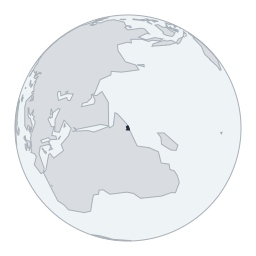 the Earth from above Shabeellaha Dhexe, rotated 291°
{"feature_id": "SOM-2410", "entity_name": "Shabeellaha Dhexe", "entity_type": "Region", "adm_level": 1, "iso_a3": "SOM", "parent_name": "Somalia", "parent_adm1": "", "projection": "orthographic", "projection_center": [46.104, 3.02], "detail": "fine", "context": "on_globe", "style": "filled", "palette": "slate", "viewbox_px": 256, "rotation_deg": 291, "n_neighbors": 0, "source": "natural_earth", "source_scale": "10m", "svg_char_len": 6942}
<svg xmlns="http://www.w3.org/2000/svg" viewBox="0 0 256 256"><g transform="rotate(291 128 128)"><circle cx="128" cy="128" r="113" fill="#eef3f6" stroke="#a8b0b8"/><path d="M15.4,132.2L15.8,134.0L17.2,139.6L18.0,146.5L18.7,153.9L23.7,170.3L24.1,171.6L21.3,164.0L19.0,156.2L17.2,148.3L16.0,140.3L15.4,132.2ZM186.8,31.9L193.0,36.2L193.8,36.6L194.4,37.0L201.7,42.8L205.8,46.5L213.6,56.7L217.6,61.2L219.5,63.9L219.6,65.3L216.9,61.2L214.9,59.5L213.3,57.2L212.7,58.6L210.4,55.4L211.0,58.3L213.4,61.0L214.9,60.7L216.4,65.0L220.9,70.1L224.1,76.1L225.5,86.3L222.8,89.3L223.2,91.3L220.8,88.9L219.6,92.8L225.8,104.5L226.4,107.9L223.5,114.2L223.1,111.6L216.6,105.3L216.9,113.5L221.9,120.4L223.6,128.6L220.5,126.0L218.5,118.8L216.2,116.3L215.8,109.2L211.8,98.8L208.6,100.7L207.8,96.6L201.8,88.3L196.6,91.0L188.9,101.9L189.6,112.6L186.2,117.4L177.9,102.1L174.9,92.0L171.4,93.0L163.2,84.7L147.9,84.4L146.1,81.9L143.1,83.1L137.4,80.6L134.8,76.6L131.2,76.9L138.2,87.6L142.1,87.4L146.0,83.2L147.1,87.1L152.7,90.6L145.1,100.3L123.0,109.2L121.5,101.2L108.2,80.2L109.0,77.9L109.0,77.7L108.9,77.2L106.9,80.9L104.9,77.0L111.2,91.3L112.0,97.7L122.7,109.7L121.5,110.9L125.1,113.4L137.6,110.3L137.5,113.0L131.2,125.6L114.5,143.0L117.2,154.8L116.7,164.9L107.2,171.5L109.0,179.3L104.3,182.0L104.6,186.4L101.3,191.1L95.5,195.4L84.6,195.5L83.2,191.5L76.5,183.8L66.9,165.0L68.9,156.4L67.6,149.7L59.7,134.9L61.4,126.7L59.5,123.3L55.5,124.2L53.4,120.1L51.0,120.0L37.0,122.9L33.4,117.7L30.3,101.9L33.3,95.7L34.8,88.6L55.9,65.2L59.3,66.4L74.6,63.5L76.3,64.3L73.3,69.5L83.8,75.9L88.7,71.5L99.4,75.2L107.4,75.1L112.4,65.5L99.4,65.4L98.4,60.8L109.8,57.0L121.3,57.8L121.3,56.1L115.0,52.2L118.7,49.4L113.0,50.7L114.5,52.4L111.0,53.5L109.3,52.1L110.7,51.0L107.5,50.2L101.8,56.0L102.7,58.4L93.8,59.5L94.5,63.6L91.7,65.6L89.4,59.4L90.4,57.1L85.2,50.9L83.3,53.3L88.1,59.5L86.1,59.0L83.6,62.8L84.0,59.5L79.3,52.7L71.9,54.3L60.6,64.0L56.7,65.0L54.2,63.2L60.1,53.7L68.3,52.7L70.5,49.9L70.5,46.0L72.9,46.2L73.9,44.7L77.1,44.4L83.3,40.7L86.8,40.3L90.7,36.1L93.1,35.5L90.1,38.0L89.9,39.8L98.8,39.6L101.0,38.7L102.8,36.1L105.1,36.6L105.7,34.2L111.6,33.4L104.9,32.5L106.9,30.0L111.2,28.3L110.7,27.5L103.6,30.4L101.8,31.8L102.2,33.1L96.4,37.5L93.0,38.3L94.6,33.6L89.9,34.4L93.2,30.8L110.4,24.2L116.8,23.3L124.2,26.4L121.8,27.6L118.0,27.0L120.2,29.6L120.7,28.4L122.5,29.0L124.9,27.2L126.3,27.6L126.1,25.5L128.1,25.7L128.2,27.1L133.4,25.2L138.0,25.6L138.5,25.1L137.7,24.4L144.0,25.7L144.1,25.3L142.1,24.6L140.9,23.4L141.3,22.0L143.5,22.5L143.6,23.1L147.2,25.3L147.2,27.1L148.2,27.3L148.6,25.8L144.3,23.0L143.9,22.1L146.3,23.2L145.4,22.7L145.9,22.4L148.4,22.7L145.9,21.4L148.4,18.8L153.5,19.5L155.4,20.5L159.5,20.4L164.9,21.9L163.0,21.2L163.7,21.2L162.0,20.7L161.1,20.4L161.4,20.4L170.2,23.5L178.6,27.4L186.8,31.9ZM47.4,76.7L46.5,78.8L47.4,76.7ZM132.8,64.1L140.2,64.7L138.1,58.8L140.8,58.7L139.1,56.9L137.9,58.4L134.0,53.7L137.6,52.2L137.3,50.0L134.8,49.7L128.8,53.2L134.4,59.8L132.2,62.1L132.8,64.1ZM76.1,37.7L76.7,38.5L74.7,40.2L70.2,41.6L73.1,39.1L76.1,37.7ZM78.0,39.3L80.8,34.7L83.7,34.0L81.6,35.1L83.2,35.1L80.3,36.9L80.3,41.0L78.5,42.9L71.2,44.0L74.6,42.5L73.8,41.7L78.0,39.3ZM82.9,27.5L84.2,26.4L88.8,26.0L87.1,27.2L82.5,28.5L81.9,27.9L82.9,27.5ZM88.3,22.6L89.6,22.1L91.1,21.6L90.8,21.7L91.6,21.4L101.6,18.5L111.9,16.5L113.0,16.4L111.7,16.7L113.6,16.4L115.7,16.3L114.9,16.7L113.0,16.7L113.5,17.3L110.4,17.6L110.7,17.6L108.0,18.2L105.1,19.0L103.9,19.1L103.3,19.4L101.5,19.9L100.3,20.4L97.7,20.8L96.0,21.6L95.7,21.4L93.5,22.6L94.0,22.0L91.7,22.8L92.4,23.0L81.3,25.9L76.3,28.1L71.8,30.5L73.3,29.5L75.4,28.4L88.3,22.6ZM115.8,16.0L114.3,16.2L113.5,16.3L115.8,16.0ZM79.1,62.4L80.5,62.6L83.0,62.4L81.4,65.0L79.1,62.4ZM75.7,57.8L77.1,57.5L76.1,60.6L74.6,60.6L75.7,57.8ZM78.8,54.8L77.3,57.2L77.2,55.8L78.8,54.8ZM91.5,37.7L93.1,37.4L93.0,38.0L91.7,38.9L91.5,37.7ZM115.5,19.7L114.8,19.3L115.5,19.2L116.2,18.2L118.5,18.1L119.0,18.6L115.5,19.7ZM109.7,67.1L106.9,68.9L105.9,68.0L107.1,67.6L109.7,67.1ZM93.1,66.8L96.5,68.0L92.7,67.5L93.1,66.8ZM118.2,19.4L118.2,19.0L119.4,19.2L118.2,19.4ZM120.3,18.0L121.8,18.2L118.9,18.0L120.3,18.0ZM156.9,216.0L157.8,217.3L156.0,217.4L156.9,216.0ZM136.3,163.3L129.8,180.8L124.3,180.9L122.8,175.7L124.9,165.1L131.0,162.1L133.9,157.3L136.3,163.3ZM234.1,148.4L235.0,149.0L234.9,149.5L234.1,148.4ZM233.3,146.5L234.5,146.7L233.0,147.6L233.3,146.5ZM234.9,146.9L236.1,146.0L236.6,145.2L236.4,146.3L234.9,146.9ZM232.5,146.4L226.7,145.9L224.1,144.4L225.0,142.5L229.2,143.2L232.5,146.4ZM224.8,142.4L220.5,136.9L212.9,121.1L215.6,121.4L223.2,131.0L222.8,132.6L225.4,137.0L224.8,142.4ZM234.1,132.9L233.6,137.9L230.7,137.2L229.2,136.3L228.2,129.9L228.8,126.7L230.1,126.9L233.7,116.3L235.3,119.1L234.5,123.6L235.6,128.0L234.1,132.9ZM190.1,113.7L193.0,120.1L191.0,121.2L190.1,113.7ZM234.2,109.0L233.4,113.5L233.8,107.5L234.2,109.0ZM233.9,103.4L234.4,105.7L233.4,103.4L233.9,103.4ZM224.1,94.4L222.8,94.9L222.3,93.3L223.6,91.8L224.1,94.4ZM226.5,81.3L228.3,85.8L228.7,87.4L227.3,84.5L226.5,81.3ZM138.1,20.1L134.5,21.3L133.5,22.6L135.4,23.7L131.2,22.8L132.8,20.8L138.1,20.1ZM146.9,18.7L145.3,18.1L146.9,18.3L147.6,18.5L146.9,18.7ZM145.2,18.4L141.4,17.8L141.1,17.4L144.2,17.9L145.2,18.4ZM129.7,17.9L128.5,18.3L127.6,18.0L129.7,17.9ZM222.9,188.7L223.7,187.2L215.6,194.1L214.9,193.0L217.4,189.7L221.3,179.6L221.7,179.8L224.3,173.1L230.3,167.4L235.4,156.7L236.1,157.7L238.3,150.1L238.3,150.8L236.3,158.8L233.8,166.7L230.7,174.3L227.0,181.7L222.9,188.7ZM236.2,149.3L237.7,145.5L238.1,145.3L236.2,149.3ZM240.2,137.6L240.2,136.4L240.2,134.0L240.5,132.6L240.1,130.4L240.6,129.8L240.4,134.7L240.5,133.8L240.2,137.6ZM239.9,140.2L239.9,140.3L239.8,141.7L239.9,140.2ZM239.1,135.1L238.9,136.4L238.7,135.3L239.1,135.1ZM239.4,134.4L239.9,136.1L239.3,135.5L239.4,134.4ZM236.3,129.2L236.7,132.3L237.9,130.5L236.9,133.2L237.4,138.5L237.0,140.4L236.6,134.7L235.9,140.4L235.4,140.2L235.4,135.3L236.1,129.4L236.7,127.0L238.6,126.3L236.3,129.2ZM239.5,130.6L239.3,126.9L239.4,124.6L239.7,126.5L239.5,130.6ZM238.2,118.2L236.9,113.9L236.3,115.4L237.1,110.0L238.2,114.9L238.2,118.2ZM236.4,109.2L235.9,110.4L236.1,107.3L236.4,109.2ZM235.4,109.0L234.8,106.2L235.5,106.7L235.4,109.0ZM236.7,109.4L236.0,104.7L236.8,107.5L236.7,109.4ZM233.2,100.1L235.5,104.8L233.4,102.6L231.0,93.8L231.7,93.7L233.2,100.1ZM222.6,67.5L221.2,65.3L221.2,65.0L222.2,66.6L222.6,67.5ZM220.3,63.4L220.7,64.2L221.1,65.7L222.1,66.8L224.1,70.5L221.5,66.8L219.6,63.1L219.7,62.7L217.6,59.8L216.8,58.7L220.3,63.4ZM160.2,20.1L159.1,19.8L160.3,20.1L160.2,20.1ZM156.6,19.0L156.4,19.0L156.6,19.0ZM155.3,18.8L155.7,18.8L156.7,19.2L155.3,18.8Z" fill="#d9dde1" stroke="#a8b0b8" stroke-width="1"/><path d="M129.8,127.1L129.4,127.6L129.2,127.8L129.0,128.0L128.8,128.2L128.6,128.4L128.5,128.5L128.4,128.5L128.1,128.9L128.0,129.0L127.9,129.1L127.5,129.4L127.2,129.5L126.7,129.7L126.5,128.6L126.1,128.0L126.0,127.5L126.4,127.6L127.7,127.5L127.9,127.0L128.0,126.9L128.6,126.3L129.8,127.1L129.8,127.1Z" fill="#64748b" stroke="#1e293b" stroke-width="1.5"/></g></svg>